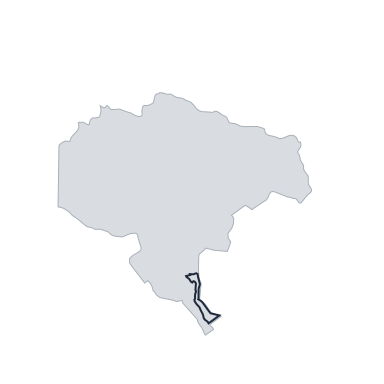 Manyo, Upper Nile, South Sudan shown in context, rotated 144°
{"feature_id": "79223893B45725284796006", "entity_name": "Manyo", "entity_type": "district", "adm_level": 2, "iso_a3": "SSD", "parent_name": "South Sudan", "parent_adm1": "Upper Nile", "projection": "equal_earth", "projection_center": [32.292, 11.036], "detail": "fine", "context": "in_parent", "style": "outline", "palette": "slate", "viewbox_px": 384, "rotation_deg": 144, "n_neighbors": 0, "source": "geoboundaries", "source_scale": "gbopen_adm2", "svg_char_len": 4618}
<svg xmlns="http://www.w3.org/2000/svg" viewBox="0 0 384 384"><g transform="rotate(144 192 192)"><path d="M281.9,295.0L273.2,306.6L272.6,307.3L271.6,308.2L268.1,308.3L264.5,307.7L261.2,304.7L257.8,307.0L255.7,307.7L254.4,308.0L251.4,308.4L247.2,309.6L245.3,311.2L244.3,312.4L243.4,314.7L243.0,314.9L242.2,314.7L241.1,313.8L238.9,312.4L237.7,309.6L236.7,307.8L235.8,306.9L232.3,309.8L230.5,310.4L229.1,310.4L226.5,308.7L223.7,307.4L222.2,307.4L220.0,309.1L217.5,311.7L216.2,314.2L215.5,315.8L214.7,313.4L213.8,312.0L212.6,311.4L210.2,312.0L209.6,311.2L209.5,309.2L209.2,307.3L208.6,305.9L206.7,304.6L202.0,301.8L198.3,296.2L196.4,293.6L195.1,292.0L193.2,287.6L191.0,284.6L188.4,283.2L186.7,283.9L184.9,287.1L181.5,290.1L179.9,290.2L177.9,288.6L175.4,287.4L171.0,286.9L169.1,288.3L166.7,290.7L164.6,292.0L163.3,292.2L162.2,291.6L160.8,291.3L159.7,291.3L157.3,289.2L156.0,287.6L155.2,286.1L153.8,285.1L152.3,284.3L151.1,282.9L150.6,281.3L149.7,279.1L148.5,277.2L144.9,273.7L143.8,271.7L143.0,269.7L141.5,267.5L140.0,264.6L139.5,260.3L139.4,256.8L139.1,255.2L138.4,253.6L137.6,252.3L136.3,250.7L133.4,248.5L130.3,245.9L128.8,244.4L126.0,243.9L124.4,242.4L123.0,239.2L122.4,236.6L121.0,234.6L120.4,233.1L120.1,231.4L121.2,226.3L119.6,224.5L117.2,222.2L115.4,219.6L114.4,217.2L111.3,214.1L104.5,209.5L100.6,206.5L98.5,203.8L96.6,201.2L96.5,200.2L97.7,197.6L97.9,195.4L96.9,193.0L92.9,188.6L89.7,183.7L87.2,182.2L81.3,180.8L79.6,180.3L77.9,179.3L76.1,177.1L75.5,174.5L76.4,170.4L75.9,169.1L74.9,168.7L75.2,167.9L76.3,165.8L78.1,164.5L83.0,162.5L83.3,161.7L83.4,159.1L83.8,157.8L85.5,154.2L85.8,152.8L85.9,149.7L86.1,148.2L86.6,147.2L88.0,145.4L88.4,144.3L88.7,142.0L88.6,137.3L89.3,135.5L92.4,131.3L93.2,129.4L93.5,127.7L93.5,126.0L93.7,124.3L94.6,122.7L95.4,122.2L97.6,121.6L99.2,122.0L110.0,119.1L111.2,119.5L111.8,121.2L111.7,123.9L111.9,125.2L112.5,126.2L114.2,127.5L115.3,129.6L116.0,130.4L117.7,131.9L125.6,144.4L127.9,145.6L130.1,145.1L134.4,142.5L136.6,141.9L151.9,142.6L153.6,142.2L153.7,142.3L156.0,148.5L157.1,150.0L173.8,150.0L173.5,148.3L173.7,146.3L176.7,142.4L177.1,142.0L179.7,140.2L182.2,138.9L187.0,137.5L188.8,135.3L189.8,133.2L189.9,129.1L190.5,128.5L191.7,127.5L197.3,123.9L198.2,123.1L208.1,131.6L213.6,138.2L214.0,138.6L214.3,138.7L214.6,138.5L214.8,138.2L215.5,137.9L217.9,137.8L222.4,137.4L223.9,136.6L232.9,124.7L235.2,120.9L235.8,120.1L237.1,117.4L238.5,112.8L238.7,112.2L248.6,101.1L249.0,100.2L249.1,99.5L247.6,95.7L247.3,93.8L247.2,90.9L247.5,86.3L247.4,83.5L247.2,82.7L241.7,74.3L255.6,74.2L255.6,73.2L255.6,72.9L255.3,71.9L255.1,70.6L255.1,69.9L255.2,69.2L255.2,68.8L255.2,68.5L255.2,68.4L255.3,68.2L265.3,68.4L265.1,70.7L263.9,76.2L263.9,79.4L263.7,83.2L263.3,84.3L262.8,85.2L262.6,85.6L262.6,86.0L264.7,106.9L264.6,107.8L264.0,109.1L263.9,109.6L263.9,109.9L264.1,110.1L268.7,112.4L268.9,112.5L269.1,112.7L270.8,115.4L279.9,125.3L280.2,125.8L281.1,129.0L281.2,129.4L281.3,130.2L281.2,130.8L281.0,132.6L281.1,133.5L281.3,134.0L281.4,134.7L281.4,134.9L281.3,135.3L279.9,139.0L279.5,141.5L279.4,143.7L279.5,144.9L279.6,145.7L279.7,146.1L279.9,146.2L283.8,146.2L283.8,147.3L284.3,166.3L284.3,168.4L284.2,171.1L283.7,172.1L282.6,173.7L281.2,175.0L277.7,175.4L274.7,175.3L272.6,175.0L269.8,174.9L267.1,175.2L266.1,176.4L262.6,186.5L261.4,189.0L261.2,190.5L261.5,191.3L262.9,192.6L265.9,194.4L269.4,195.4L272.1,195.9L273.8,196.4L275.2,196.9L280.2,201.5L281.8,203.6L282.7,205.5L282.9,207.5L283.6,209.6L288.2,215.9L292.5,218.9L294.1,222.2L295.8,223.9L297.3,225.6L298.1,228.2L300.0,235.9L301.2,239.8L302.5,243.1L303.1,248.4L304.1,250.8L305.2,253.7L306.9,256.3L308.8,258.3L309.1,258.8L290.4,283.6L281.9,295.0Z" fill="#d9dde1" stroke="#a8b0b8" stroke-width="1"/><path d="M246.2,127.5L246.4,126.9L245.4,123.2L245.6,120.0L245.0,118.6L243.8,119.0L243.0,118.8L242.5,117.8L242.5,115.8L246.9,110.6L247.0,109.5L248.0,108.4L248.7,108.2L249.6,107.2L250.0,107.0L252.3,103.9L253.5,103.3L254.1,101.9L254.2,98.5L253.7,94.4L254.5,91.1L255.1,86.6L256.7,82.8L256.5,80.6L255.6,77.9L255.8,76.0L250.1,76.0L242.4,76.1L247.7,82.3L248.0,82.6L248.2,83.1L248.3,83.4L248.4,83.9L248.3,84.4L248.4,85.4L248.4,86.6L248.4,94.9L248.4,95.8L248.4,96.5L248.5,97.1L248.6,97.8L248.7,98.3L248.9,98.7L249.1,99.3L249.3,99.9L249.5,100.4L250.0,101.5L249.7,101.6L249.4,102.0L248.9,102.6L248.1,103.7L245.9,106.6L243.8,109.4L243.7,109.5L243.2,110.1L242.4,110.7L241.5,111.4L240.4,112.2L240.0,112.5L239.8,112.9L239.6,113.2L239.4,113.7L239.2,114.1L239.0,114.8L238.2,116.7L237.6,118.3L237.2,119.4L236.4,121.0L236.0,121.7L235.7,122.4L236.4,123.8L239.4,124.7L241.9,126.8L242.2,125.9L246.2,127.5Z" fill="none" stroke="#1e293b" stroke-width="2"/></g></svg>